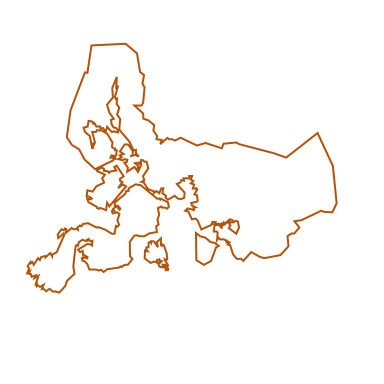 the district of Namsos nor, Nord-Trøndelag, Norway, rotated 283°
{"feature_id": "86288312B29222354807484", "entity_name": "Namsos nor", "entity_type": "district", "adm_level": 2, "iso_a3": "NOR", "parent_name": "Norway", "parent_adm1": "Nord-Trøndelag", "projection": "orthographic", "projection_center": [11.404, 64.444], "detail": "fine", "context": "isolated", "style": "outline", "palette": "amber", "viewbox_px": 384, "rotation_deg": 283, "n_neighbors": 0, "source": "geoboundaries", "source_scale": "gbopen_adm2", "svg_char_len": 5979}
<svg xmlns="http://www.w3.org/2000/svg" viewBox="0 0 384 384"><g transform="rotate(283 192 192)"><path d="M192.4,92.5L205.1,108.1L207.4,108.0L206.9,110.9L208.3,108.7L207.1,104.9L209.6,105.3L209.6,109.1L210.8,109.8L215.7,109.3L215.4,107.6L217.1,107.3L216.8,105.7L218.0,103.8L222.2,103.5L229.6,96.4L232.0,88.7L231.0,88.1L230.9,85.5L228.9,84.9L228.1,81.3L218.5,86.3L216.8,86.1L217.1,85.0L212.6,85.8L212.3,84.8L223.6,79.8L226.4,74.3L230.3,71.9L232.3,75.6L239.0,75.2L238.2,75.3L238.1,79.0L236.3,80.5L237.3,81.2L234.2,84.2L235.3,87.4L233.5,88.4L234.3,90.9L231.1,94.4L236.4,94.6L232.3,100.5L233.5,102.3L233.4,106.5L235.5,106.1L237.3,103.4L237.3,100.9L240.0,98.4L244.0,96.8L245.7,99.3L250.8,93.6L257.9,89.6L266.3,93.7L275.4,90.9L287.2,92.9L275.4,94.9L279.2,96.1L267.6,95.5L265.5,96.6L266.3,97.9L260.7,98.8L257.9,102.2L250.6,101.6L247.0,105.6L236.4,107.1L226.8,119.9L219.3,125.7L220.4,127.9L217.0,128.7L214.6,132.3L215.4,128.2L212.7,123.9L214.4,125.7L218.4,125.3L223.9,119.1L223.2,115.7L215.2,112.6L213.7,116.8L211.5,113.4L210.2,115.6L207.5,112.9L207.3,117.1L208.9,119.1L208.9,121.7L206.7,121.7L205.4,119.4L201.4,124.0L197.2,124.3L203.5,130.3L199.4,134.9L205.1,136.1L202.9,133.8L205.6,133.2L207.2,130.0L209.0,134.2L207.1,134.6L207.3,136.0L211.7,135.3L211.9,137.4L210.8,138.6L211.3,140.9L205.3,144.1L196.4,140.7L192.5,143.0L190.6,140.6L190.6,142.6L185.0,148.4L184.0,154.9L182.4,155.1L184.9,157.2L183.4,160.4L188.5,161.2L189.2,163.2L184.0,163.4L182.5,167.5L180.6,167.5L179.0,170.2L184.4,176.0L182.4,179.7L182.7,183.1L184.6,185.7L189.8,184.9L196.4,175.4L198.9,178.7L201.1,178.8L201.2,181.6L203.4,180.6L204.7,186.4L207.0,185.7L207.6,188.5L204.0,188.0L202.9,190.8L200.1,188.9L199.8,192.4L195.5,192.1L196.6,195.4L195.4,195.7L196.5,196.8L190.3,194.9L189.9,197.6L185.1,199.4L183.9,199.3L181.1,193.7L178.8,195.1L177.8,198.9L177.0,197.0L174.9,197.9L175.0,191.5L172.2,189.6L172.3,192.6L165.3,198.1L166.9,201.5L165.4,204.0L157.6,209.5L164.2,218.2L167.5,218.6L167.9,221.7L165.8,220.8L167.2,225.9L165.8,227.6L168.0,228.0L167.4,229.2L169.1,229.7L167.8,230.4L173.8,234.9L173.9,237.2L172.0,239.6L173.7,240.8L173.5,243.4L167.9,245.8L161.3,244.5L165.1,236.0L168.0,237.0L170.3,234.4L171.2,237.2L171.5,236.1L171.2,233.6L167.5,231.0L167.3,229.2L163.8,228.9L166.1,225.0L164.6,221.6L159.0,221.8L158.3,222.4L159.1,224.4L158.3,226.1L151.0,227.2L153.5,228.2L152.1,230.2L153.1,233.9L151.7,236.8L153.5,237.1L150.6,237.3L151.6,238.9L151.4,240.1L148.8,238.8L148.7,241.2L140.5,246.0L136.9,250.8L138.0,254.9L136.4,257.5L146.8,263.2L144.0,273.0L143.9,277.6L150.4,292.4L160.9,298.2L170.4,295.0L173.9,298.2L174.6,301.0L181.5,304.6L186.6,298.4L189.1,304.9L202.8,322.1L202.4,325.9L203.8,333.3L213.5,335.5L249.1,323.4L277.7,301.1L246.7,276.0L248.2,263.1L249.2,227.5L250.2,224.0L246.1,211.8L241.3,211.3L242.8,194.1L238.4,186.4L242.3,168.7L238.3,163.8L238.9,160.6L238.3,157.8L239.2,155.9L231.5,150.4L235.8,150.9L235.5,145.5L238.8,145.3L243.1,140.6L248.7,140.1L252.0,133.3L252.5,128.1L257.5,126.8L263.3,116.4L264.9,123.5L268.1,124.3L283.2,122.3L286.5,119.3L295.1,119.0L297.3,114.4L314.7,107.2L321.5,94.0L312.2,61.1L284.6,63.3L284.5,60.8L244.3,55.3L217.2,57.7L210.7,64.6L208.2,72.4L199.6,79.9L192.4,92.5ZM87.5,50.4L82.8,48.5L81.0,50.5L76.5,49.8L78.4,51.8L75.6,51.3L75.9,53.3L73.4,54.8L75.6,58.4L72.7,57.9L75.9,61.2L65.3,60.4L68.0,61.4L65.3,62.1L66.3,63.0L65.3,65.3L68.2,68.3L63.7,67.6L64.3,68.9L62.5,72.3L65.6,75.0L63.6,79.1L64.4,81.4L64.1,85.3L71.9,89.7L77.1,90.1L85.8,95.9L92.7,93.1L112.9,90.8L114.3,91.4L113.7,92.9L117.7,93.1L120.8,96.0L120.4,99.1L122.6,101.4L121.2,101.4L122.2,102.8L121.1,104.2L122.1,106.0L117.4,106.6L118.1,104.9L117.6,101.4L110.2,94.0L108.3,96.4L109.9,98.7L105.6,100.3L106.3,100.8L105.1,104.8L103.9,104.9L104.3,103.5L102.7,99.6L100.4,100.8L100.4,102.9L98.4,106.1L93.4,109.4L94.8,115.7L94.5,119.0L95.8,120.8L94.2,123.9L97.7,126.8L101.9,137.8L103.6,139.3L103.0,140.4L105.6,142.3L106.8,146.0L113.3,149.0L115.4,146.1L129.4,142.6L136.5,145.6L137.6,148.4L137.0,149.8L138.0,155.4L142.1,159.8L145.1,166.8L150.5,164.8L152.7,166.8L157.4,164.6L162.4,165.1L168.6,162.4L170.9,165.2L170.1,166.0L170.7,169.5L170.1,171.4L172.4,172.8L176.5,170.8L178.5,163.2L177.4,162.8L178.4,161.3L177.6,159.7L187.1,140.5L186.8,135.4L181.1,129.3L178.9,130.0L177.9,127.4L175.3,127.5L164.3,119.1L161.5,119.7L161.8,123.0L159.7,125.9L158.4,125.5L161.2,121.6L157.7,118.9L156.1,120.5L156.4,118.8L155.4,118.2L153.3,119.5L155.4,124.0L154.1,126.3L147.5,125.7L143.7,128.4L141.5,127.4L141.9,125.5L133.9,125.9L133.3,123.3L135.8,115.9L136.7,108.8L135.9,107.0L138.2,97.8L136.4,93.1L133.6,91.9L134.2,90.4L131.8,88.4L129.4,89.4L130.1,87.4L129.0,85.5L129.8,82.9L123.9,78.3L127.6,77.9L127.9,76.4L125.9,75.6L126.3,73.2L120.3,70.7L117.0,72.1L122.7,76.3L121.3,77.2L102.8,73.7L99.6,69.9L97.9,70.2L100.6,67.6L95.3,64.0L96.6,63.5L94.7,59.7L91.5,59.1L93.0,56.9L85.4,54.2L87.8,52.2L86.4,51.1L87.5,50.4ZM170.1,89.7L164.2,90.3L164.4,92.9L163.1,95.8L162.0,94.7L162.0,91.3L158.8,93.4L156.0,102.9L155.0,103.2L154.8,105.4L155.9,106.2L155.0,112.3L162.5,111.7L159.4,114.7L182.6,126.5L183.8,122.8L179.1,119.1L186.0,121.9L186.6,119.6L188.5,118.8L191.9,121.9L200.7,112.7L198.9,110.7L195.9,113.3L193.7,108.0L192.0,106.9L193.3,105.2L192.8,101.5L194.6,101.2L195.6,98.5L191.9,94.4L191.0,94.9L189.3,103.3L185.1,101.4L181.4,104.3L176.0,97.5L170.0,95.1L170.1,89.7ZM145.5,230.2L147.5,225.7L147.4,221.5L150.6,215.0L150.7,210.1L152.9,205.1L126.5,211.6L123.7,220.1L129.2,226.1L143.5,227.9L145.5,230.2ZM124.3,159.4L116.7,160.8L113.6,167.7L115.3,169.9L115.9,172.5L115.1,174.0L117.8,173.2L119.1,175.4L117.6,176.1L117.8,178.0L115.8,176.9L115.5,174.9L112.1,176.9L111.7,179.1L112.9,182.7L109.8,184.0L110.6,186.1L112.1,186.1L114.5,178.9L115.1,182.2L113.4,184.4L115.1,185.3L119.5,180.9L120.5,180.5L119.9,182.1L120.8,183.1L126.8,181.0L133.8,176.5L134.3,174.8L132.8,174.7L133.3,173.6L139.8,172.2L135.4,169.1L130.5,171.2L135.3,166.1L134.9,163.3L133.2,163.6L134.0,162.6L132.9,161.1L128.4,162.1L127.9,160.1L126.0,160.2L124.2,162.2L124.3,159.4Z" fill="none" stroke="#b45309" stroke-width="2"/></g></svg>